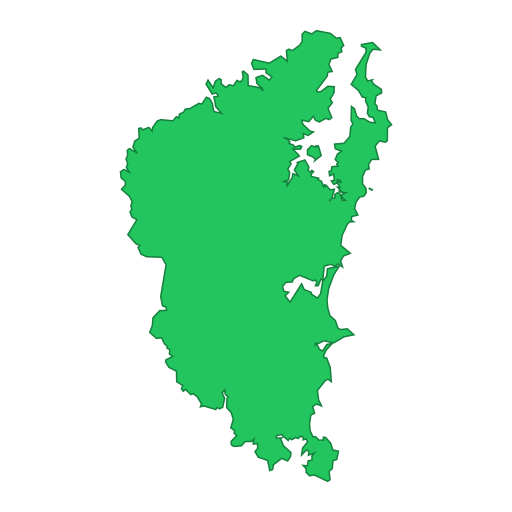 Northern Beaches, New South Wales, Australia (Albers equal-area conic projection)
{"feature_id": "25037944B81755283628627", "entity_name": "Northern Beaches", "entity_type": "district", "adm_level": 2, "iso_a3": "AUS", "parent_name": "Australia", "parent_adm1": "New South Wales", "projection": "albers", "projection_center": [151.285, -33.698], "detail": "fine", "context": "isolated", "style": "filled", "palette": "green", "viewbox_px": 512, "rotation_deg": 0, "n_neighbors": 0, "source": "geoboundaries", "source_scale": "gbopen_adm2", "svg_char_len": 6041}
<svg xmlns="http://www.w3.org/2000/svg" viewBox="0 0 512 512"><path d="M183.3,391.3L185.4,389.4L190.9,394.6L193.1,393.7L197.0,396.5L201.5,403.8L200.4,406.8L204.1,406.0L215.7,409.5L217.2,407.6L219.6,408.8L222.7,407.3L224.6,398.3L222.2,392.9L224.7,389.8L225.2,394.1L228.1,397.1L226.9,398.7L226.7,407.7L231.1,412.4L233.3,419.2L230.8,427.9L234.7,430.8L234.2,433.2L236.7,435.6L231.2,441.3L231.2,444.6L233.7,446.4L241.3,445.9L245.1,441.6L251.7,441.4L254.0,439.0L253.1,444.0L257.5,443.7L257.7,448.4L255.0,451.6L258.3,457.2L267.7,460.5L269.8,470.6L272.6,469.5L273.5,464.7L281.7,458.4L287.6,461.0L290.6,456.4L290.9,452.5L283.4,445.7L280.6,438.7L281.7,437.9L276.2,438.2L276.7,435.6L281.2,434.5L288.2,440.5L289.9,438.2L291.8,439.7L295.5,437.6L298.3,438.5L300.4,436.2L303.4,437.4L303.1,439.8L306.3,439.0L307.6,441.9L302.6,448.0L301.6,455.0L306.5,450.0L308.7,450.9L308.5,455.2L314.3,452.9L311.9,455.9L312.0,460.1L308.2,460.8L307.3,465.9L303.1,465.4L306.1,468.7L306.1,472.3L309.5,475.8L314.3,475.0L327.6,481.3L330.1,479.7L329.1,471.5L332.3,468.5L332.9,460.8L336.7,459.5L338.5,451.2L332.8,450.0L330.7,443.2L325.5,437.4L323.3,437.3L323.6,440.1L318.8,440.1L315.7,436.7L313.0,436.8L310.2,431.0L309.5,424.1L310.8,415.1L314.6,413.2L312.7,406.6L316.4,404.0L321.5,405.9L318.6,399.9L317.4,390.6L325.3,380.5L328.1,379.2L331.3,381.6L330.2,367.3L326.7,358.0L324.2,357.7L323.7,355.5L325.9,350.4L332.3,343.4L326.8,344.5L322.6,350.9L319.5,349.5L316.9,344.0L315.4,344.8L316.1,343.5L314.7,343.2L318.3,343.5L323.9,340.8L333.7,342.9L344.0,336.8L353.9,334.8L347.3,328.8L340.5,329.6L337.8,327.9L335.4,320.6L330.0,315.7L327.8,308.1L327.0,300.0L328.6,288.8L333.8,274.7L339.3,266.1L327.5,268.7L326.6,276.4L322.7,281.2L320.6,293.7L317.4,298.1L311.3,294.0L311.2,292.4L304.2,289.6L301.6,283.9L290.0,302.1L285.1,295.7L288.7,292.3L283.9,291.3L282.5,286.5L285.9,282.3L292.2,282.0L293.8,278.5L299.6,275.3L313.0,280.8L315.5,280.0L316.9,282.6L315.4,285.7L318.2,285.7L320.9,279.2L322.8,280.2L324.2,266.2L330.7,264.3L335.1,266.2L338.0,263.9L342.5,266.9L340.6,261.0L343.4,256.0L350.3,253.3L340.8,245.4L342.1,235.4L347.2,224.3L349.5,222.0L353.6,221.7L351.3,220.3L351.7,216.6L357.9,215.0L354.6,208.5L356.0,202.2L359.6,197.1L363.9,196.1L366.3,192.7L365.9,188.3L362.6,183.9L362.5,176.6L365.5,170.0L369.3,168.9L368.5,164.5L371.7,159.4L378.6,159.4L375.1,146.2L379.3,140.9L385.4,142.2L387.3,140.7L387.5,127.6L391.6,124.8L387.5,119.6L385.7,112.0L377.5,110.2L376.8,105.6L374.9,103.9L376.1,95.8L381.7,92.9L381.3,89.3L373.8,84.3L371.5,80.9L372.4,79.8L367.8,81.0L365.5,77.2L366.1,64.5L369.7,53.5L373.0,49.2L380.2,49.9L372.6,42.5L361.5,44.5L361.4,46.2L366.0,48.2L366.0,52.4L355.5,69.4L357.0,74.5L351.2,84.4L358.5,90.5L362.3,97.1L365.8,97.6L365.5,100.8L368.2,107.0L367.4,113.3L369.4,116.8L372.9,117.2L375.4,122.8L369.9,122.3L364.0,118.7L359.2,118.7L356.6,115.9L354.5,108.9L351.5,106.4L351.1,120.4L352.9,123.8L350.7,127.3L349.8,136.5L344.0,143.3L334.5,144.1L335.4,148.9L341.6,151.2L337.5,154.0L335.2,159.5L338.1,162.5L336.7,164.1L337.9,166.2L331.9,166.7L331.0,171.5L329.1,171.3L329.6,175.8L333.5,174.1L334.5,180.2L331.4,180.9L333.8,184.4L336.9,183.0L337.4,179.7L340.1,180.3L340.8,182.4L338.7,181.5L337.5,183.4L340.1,187.4L337.5,187.2L341.1,191.0L339.2,191.1L340.2,192.0L345.8,192.7L341.9,194.4L342.0,197.6L345.4,200.3L342.5,200.6L339.6,193.4L337.5,192.7L334.9,194.4L334.8,198.1L331.7,198.1L329.1,201.3L332.0,197.7L334.4,189.2L330.1,189.8L326.4,185.5L325.5,186.4L325.7,184.6L324.9,186.6L324.9,184.2L323.6,186.7L321.5,181.3L318.0,179.6L318.7,178.2L311.5,176.5L310.9,174.6L313.6,171.5L311.8,170.4L310.7,172.4L308.2,170.3L308.8,166.8L304.9,160.0L296.4,162.7L298.0,162.3L298.2,163.0L294.4,169.9L298.3,175.8L292.9,173.6L292.1,178.0L286.6,186.5L287.7,182.1L282.6,181.6L288.6,180.0L289.7,172.5L287.8,168.8L291.1,164.0L289.7,161.6L299.4,156.0L293.0,149.1L300.6,149.1L301.8,146.5L299.7,145.5L294.5,147.2L293.4,145.0L289.0,143.5L289.9,141.9L287.7,139.4L283.5,137.4L295.5,140.8L303.9,137.7L303.3,133.6L308.2,135.4L313.4,131.9L309.9,131.0L302.6,124.0L302.1,120.1L308.7,121.7L313.4,116.2L315.3,120.1L319.4,122.0L325.7,118.4L329.3,119.6L331.8,117.7L328.0,108.3L332.4,102.6L330.2,99.2L334.0,92.7L334.2,86.7L328.0,86.2L320.9,91.6L317.7,92.1L316.4,90.5L327.2,76.2L327.9,72.1L332.2,71.5L328.9,64.6L330.8,59.1L337.8,57.4L337.9,53.4L341.8,51.7L341.1,47.9L343.7,45.5L340.1,37.6L336.4,38.2L330.2,33.3L316.3,30.7L311.8,33.9L304.9,31.4L302.1,34.3L302.2,41.4L299.6,45.3L292.5,50.5L288.8,49.2L286.4,50.6L287.4,61.3L280.8,56.1L269.2,63.2L253.3,59.5L251.6,63.3L253.9,69.4L266.1,69.0L266.0,72.7L271.9,76.9L269.4,80.1L262.5,75.3L256.0,77.6L256.9,83.4L262.2,88.4L263.2,90.8L259.6,87.6L248.2,85.6L248.0,75.0L243.5,71.1L242.3,71.9L243.3,77.2L241.8,80.6L240.0,81.8L236.9,80.4L233.4,85.8L229.4,84.7L225.7,87.4L221.0,83.6L221.3,79.9L219.2,78.5L215.3,81.3L213.2,87.8L208.0,80.1L206.1,84.2L212.2,94.1L216.0,92.9L217.5,94.4L218.0,96.3L213.9,96.8L215.8,106.7L221.7,113.5L213.8,111.5L212.3,103.4L209.5,98.5L206.3,97.3L201.9,104.0L198.8,103.4L189.7,108.7L185.3,109.1L183.5,112.3L179.5,114.0L178.9,117.7L176.3,116.7L173.0,120.8L160.7,119.7L157.2,121.0L152.6,127.5L152.2,131.3L148.9,127.4L142.7,129.8L140.9,127.9L138.7,128.5L139.2,138.2L134.7,141.1L132.9,147.3L137.4,153.1L129.5,148.6L127.3,150.3L127.6,155.6L126.0,159.1L127.7,163.2L126.3,167.5L129.3,172.2L124.0,169.5L120.4,171.9L121.2,177.9L125.4,181.6L125.3,185.1L121.5,189.3L129.3,196.2L132.2,201.6L130.8,206.1L131.9,209.1L130.0,212.0L132.0,217.0L136.9,219.7L127.8,234.6L136.2,244.0L139.9,245.2L138.1,247.5L141.0,254.1L146.4,256.7L161.8,257.3L166.1,264.6L160.7,296.7L162.5,305.8L165.9,307.1L166.6,310.4L159.7,310.6L153.0,317.8L152.3,325.7L149.7,332.4L156.5,338.4L161.6,337.8L164.5,344.0L167.1,345.8L167.0,348.1L169.8,349.6L169.4,354.0L172.7,356.4L166.0,359.8L165.5,361.7L169.0,367.4L176.5,371.2L176.7,381.7L182.8,385.5L181.4,389.0L183.3,391.3ZM307.5,149.8L307.5,154.7L312.8,156.9L315.4,159.1L314.8,160.6L321.2,155.5L318.4,146.0L315.5,145.7L316.8,146.5L315.8,147.3L311.5,145.6L307.5,149.8ZM368.7,188.1L371.3,190.0L372.9,189.9L368.7,188.1Z" fill="#22c55e" stroke="#15803d" stroke-width="1.5"/></svg>